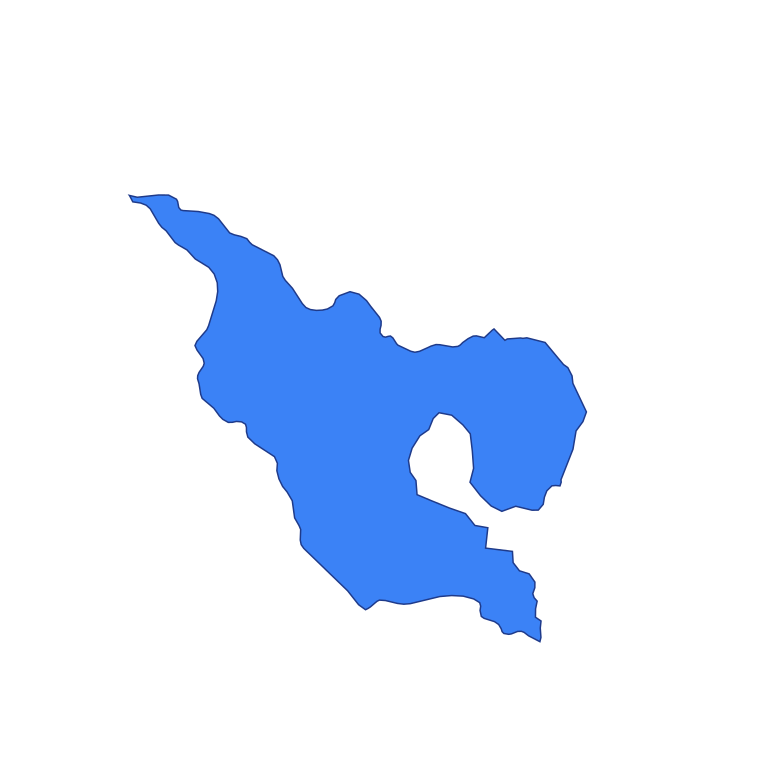 the County of Borsod-Abaúj-Zemplén, rotated 235°
{"feature_id": "HUN-3168", "entity_name": "Borsod-Abaúj-Zemplén", "entity_type": "County", "adm_level": 1, "iso_a3": "HUN", "parent_name": "Hungary", "parent_adm1": "", "projection": "robinson", "projection_center": [21.025, 48.121], "detail": "fine", "context": "isolated", "style": "filled", "palette": "blue", "viewbox_px": 768, "rotation_deg": 235, "n_neighbors": 0, "source": "natural_earth", "source_scale": "10m", "svg_char_len": 2878}
<svg xmlns="http://www.w3.org/2000/svg" viewBox="0 0 768 768"><g transform="rotate(235 384 384)"><path d="M299.9,224.0L304.2,225.9L312.6,232.3L316.7,233.2L325.6,234.0L341.0,241.9L351.1,242.7L358.2,242.2L366.5,243.5L374.4,246.5L380.2,251.2L387.3,252.6L409.2,243.8L418.6,242.0L423.7,243.9L427.3,246.4L430.5,247.5L434.7,245.6L438.0,241.6L439.6,237.8L441.9,234.4L447.5,231.7L452.2,230.9L461.8,230.7L476.5,226.8L480.6,227.9L490.2,232.6L495.3,234.3L497.7,236.2L499.6,239.2L502.2,246.1L504.1,248.6L508.6,250.4L519.0,250.3L523.9,251.2L526.3,255.2L530.1,270.0L532.4,273.8L548.3,294.2L555.1,300.8L562.6,305.5L571.5,308.0L580.1,307.4L594.7,301.1L606.9,299.5L615.6,295.4L619.7,294.0L634.5,293.4L639.7,291.9L644.8,291.6L661.7,293.0L667.0,291.7L671.9,288.4L677.3,282.7L684.0,283.6L684.5,283.6L678.5,289.0L668.1,307.8L662.3,315.9L654.4,320.0L651.8,319.6L646.3,317.1L643.0,317.4L641.3,318.9L631.8,330.8L623.8,338.7L619.7,341.5L614.2,343.2L596.3,344.2L592.1,346.9L587.0,351.4L581.7,355.0L577.2,355.2L573.7,355.9L552.2,367.3L546.8,368.0L541.4,367.2L530.2,362.8L525.4,362.6L514.9,363.9L496.7,363.2L491.4,363.9L487.2,366.4L483.1,370.8L479.9,375.9L477.9,380.7L477.3,387.0L478.9,390.3L481.0,393.0L482.0,397.9L479.1,409.1L471.9,415.1L462.3,417.5L452.6,417.7L454.7,417.7L441.1,418.5L437.1,417.7L433.7,415.2L431.1,412.2L428.1,410.1L423.5,410.4L421.5,412.1L420.7,414.6L419.6,416.8L416.7,417.7L409.8,417.4L407.8,417.7L395.5,424.7L392.3,427.5L390.4,431.8L388.6,441.2L388.1,444.2L386.5,449.2L384.2,452.2L374.9,461.6L372.4,466.2L372.2,468.9L372.8,472.2L372.9,478.9L372.1,484.5L370.4,487.3L364.4,492.7L366.0,503.5L366.0,505.7L350.4,508.1L350.2,510.8L343.4,522.2L341.7,524.0L339.9,527.5L325.6,539.8L304.9,541.5L297.0,542.2L292.0,544.0L282.8,542.7L276.2,539.1L245.0,533.8L239.1,525.4L235.4,514.4L222.2,501.4L204.1,474.1L201.9,472.8L199.6,469.7L202.4,466.4L204.3,463.1L203.1,456.1L199.3,450.5L194.1,445.4L192.2,438.1L195.7,432.9L208.3,421.8L212.1,407.5L222.6,401.8L237.0,399.0L254.2,398.1L263.5,409.0L278.6,418.0L293.7,426.1L305.2,425.2L319.6,421.6L328.9,412.6L327.5,404.5L321.0,394.5L321.0,383.7L315.3,370.2L307.4,360.2L296.6,354.8L286.6,354.8L274.4,347.6L261.5,355.7L244.8,366.5L231.1,376.4L216.0,377.3L206.7,386.6L191.3,373.1L173.2,393.2L163.6,387.3L153.3,387.8L145.2,394.0L135.2,394.0L130.6,390.7L126.9,385.6L122.8,384.4L118.3,384.9L112.9,379.2L106.1,374.3L99.8,376.7L94.4,372.0L86.4,367.2L83.5,363.9L94.8,358.0L100.2,356.3L102.6,354.7L104.7,351.5L106.2,345.1L107.4,342.6L110.9,339.1L113.4,338.7L116.3,339.6L121.2,340.0L126.0,338.2L134.6,331.6L137.8,330.4L143.4,332.8L146.6,335.8L150.0,337.0L156.5,334.2L164.8,327.2L171.9,318.1L177.9,307.8L189.0,279.5L192.3,273.9L196.5,269.2L205.1,261.6L205.8,261.0L209.6,256.3L209.8,255.0L210.0,253.7L209.9,252.5L209.8,251.2L209.2,245.0L209.3,242.1L209.7,239.4L217.8,236.6L235.4,235.6L295.3,224.0L299.9,224.0Z" fill="#3b82f6" stroke="#1e3a8a" stroke-width="1.5"/></g></svg>